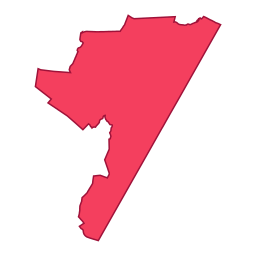 Amatenango de la Frontera, Chiapas, Mexico (Albers equal-area conic projection)
{"feature_id": "50627088B96340136292286", "entity_name": "Amatenango de la Frontera", "entity_type": "district", "adm_level": 2, "iso_a3": "MEX", "parent_name": "Mexico", "parent_adm1": "Chiapas", "projection": "albers", "projection_center": [-92.105, 15.523], "detail": "fine", "context": "isolated", "style": "filled", "palette": "rose", "viewbox_px": 256, "rotation_deg": 0, "n_neighbors": 0, "source": "geoboundaries", "source_scale": "gbopen_adm2", "svg_char_len": 4133}
<svg xmlns="http://www.w3.org/2000/svg" viewBox="0 0 256 256"><path d="M80.8,33.0L80.5,35.1L80.1,37.8L79.9,39.7L80.8,41.4L81.5,41.5L82.3,41.8L83.2,43.0L81.5,46.0L80.3,47.3L78.3,48.0L77.5,49.1L77.2,50.5L78.0,51.6L77.6,52.5L77.3,53.1L77.1,53.8L76.8,54.3L76.4,55.2L76.1,56.1L75.9,56.6L75.7,57.0L75.4,57.5L75.2,58.0L75.1,58.4L74.9,58.8L74.7,59.3L74.5,59.8L73.9,61.1L73.7,61.5L73.5,62.1L73.3,62.5L73.1,63.1L72.9,63.4L72.8,63.7L72.3,64.2L70.2,66.4L69.5,68.9L69.3,69.4L69.3,69.8L69.5,70.4L70.5,72.6L53.8,71.4L40.7,69.8L38.1,68.7L35.4,86.6L51.3,99.0L48.0,102.9L53.2,106.4L67.3,115.9L75.3,122.9L82.9,129.7L88.5,123.9L88.7,124.1L89.3,124.4L89.8,124.9L90.2,125.5L90.6,126.5L90.9,126.8L91.6,127.0L91.8,127.5L92.0,128.0L92.8,127.4L93.3,127.2L93.8,127.0L94.2,127.0L94.9,127.1L95.4,127.2L95.6,127.0L96.0,126.3L96.6,125.6L97.1,125.1L97.7,124.4L98.5,123.6L99.3,122.4L99.4,121.6L99.6,120.7L99.8,120.4L100.1,119.8L100.8,119.3L101.4,119.0L101.9,118.9L102.7,118.4L103.0,117.5L103.2,116.7L103.5,116.1L104.6,115.5L105.2,115.4L105.2,115.5L104.9,116.5L104.9,116.9L105.7,119.3L106.3,120.1L107.1,121.3L107.6,121.4L108.4,122.2L108.7,122.7L110.0,124.6L110.6,124.7L111.0,124.7L111.5,124.8L112.2,125.0L112.3,125.6L112.2,126.2L112.1,126.4L111.8,127.1L111.6,127.6L111.4,127.7L111.2,127.9L111.2,128.3L111.0,129.2L111.0,129.4L111.0,129.7L111.0,130.3L110.9,130.7L110.7,131.2L110.4,131.7L110.3,131.8L110.2,132.0L109.7,132.7L109.8,133.1L110.1,133.8L110.3,134.2L110.4,134.4L110.6,135.2L110.6,135.3L110.9,136.1L110.8,136.8L110.6,137.1L110.5,137.5L110.3,138.7L110.0,138.8L109.6,139.0L109.0,139.2L109.2,148.2L109.2,149.2L104.7,159.8L106.6,165.4L106.9,166.3L107.6,168.2L107.9,169.2L108.2,170.1L109.0,172.5L109.2,172.9L109.2,174.3L108.7,175.2L108.5,175.6L108.0,176.6L107.3,177.9L105.9,177.3L105.7,177.3L104.0,176.7L102.2,176.0L100.1,175.3L99.3,175.4L97.1,175.6L94.7,175.9L93.6,176.0L93.2,178.6L93.0,179.9L92.8,181.7L92.6,183.5L91.6,185.2L90.6,186.9L89.5,188.6L88.5,190.4L87.8,191.4L87.6,191.9L87.3,192.6L86.5,193.4L85.2,194.8L84.9,195.0L83.6,196.3L82.1,197.6L82.0,198.5L81.7,200.5L81.7,201.2L81.1,202.7L80.3,204.9L79.9,206.1L79.9,207.0L79.8,208.2L79.8,208.8L79.8,210.1L79.7,210.9L79.4,212.8L79.3,213.9L79.1,214.6L78.6,216.6L78.5,216.8L79.1,217.4L79.4,217.7L80.0,218.4L81.0,219.6L81.2,219.8L82.1,220.7L82.5,221.2L83.2,222.1L83.3,222.2L84.0,223.3L82.8,224.0L81.7,224.8L80.8,225.4L80.0,225.9L79.4,226.3L80.2,227.4L81.1,228.6L82.4,229.3L83.2,230.3L83.2,230.7L83.4,232.3L83.7,233.3L83.9,233.9L84.2,234.4L84.8,235.2L85.1,235.6L85.8,236.2L87.0,237.0L88.8,237.6L89.2,237.8L90.8,238.3L93.0,239.0L96.1,239.9L98.3,240.6L136.8,172.6L150.7,148.1L160.8,130.2L161.7,128.6L162.9,126.6L166.9,119.5L170.5,113.1L178.0,100.0L211.8,40.2L220.4,25.0L220.6,24.7L218.3,23.6L216.4,22.9L215.9,22.8L214.4,21.9L213.9,21.6L213.5,21.4L213.0,21.2L212.7,21.0L212.6,20.9L212.1,20.7L211.8,20.5L211.1,20.2L210.8,20.1L209.4,19.4L207.9,18.6L207.4,18.3L206.6,17.9L205.0,17.1L204.0,16.7L203.9,16.6L203.7,16.5L203.4,16.8L202.5,17.9L201.8,18.6L201.6,18.8L201.3,18.6L200.4,18.5L200.2,18.0L199.8,18.1L199.6,18.2L199.4,18.6L198.8,18.7L198.6,18.7L198.5,19.0L198.6,19.3L198.9,19.7L198.7,20.1L198.5,20.3L198.2,20.6L198.0,20.1L197.8,19.9L197.6,20.0L197.3,20.3L197.1,20.6L196.9,20.8L196.9,21.2L197.2,21.6L197.4,21.7L197.1,21.9L196.7,21.8L196.3,21.9L196.3,22.2L195.8,22.4L195.5,22.5L194.9,22.6L194.1,23.0L193.1,23.4L192.4,23.6L191.6,24.1L190.8,24.5L189.8,24.6L189.3,24.4L188.4,24.1L187.6,24.1L186.7,24.7L186.3,25.0L185.6,25.0L184.8,25.2L184.1,25.1L183.3,24.9L182.1,24.8L180.8,24.7L179.7,24.5L178.5,24.1L177.7,23.4L176.8,22.6L176.0,22.2L174.8,21.8L173.9,22.0L175.2,16.7L173.1,16.8L134.1,18.7L132.1,17.9L128.2,15.4L126.2,20.6L125.9,21.3L125.1,23.4L125.1,23.6L124.9,23.9L124.9,24.0L124.8,24.4L124.7,24.6L124.2,25.4L123.5,26.2L122.4,28.1L121.1,29.8L120.2,31.3L116.3,31.3L115.2,31.4L114.2,31.4L112.9,31.4L111.3,31.5L109.9,31.5L108.4,31.5L106.2,31.6L105.2,31.6L104.1,31.7L102.3,31.7L100.5,31.7L98.9,31.8L98.4,31.8L98.0,31.8L96.5,31.8L94.3,31.7L91.9,31.6L89.2,31.5L86.7,31.4L86.2,31.4L83.8,32.0L83.5,32.1L83.4,32.3L81.6,33.0L81.9,32.2L81.6,32.4L81.3,32.7L81.1,33.0L80.8,33.0Z" fill="#f43f5e" stroke="#9f1239" stroke-width="1.5"/></svg>